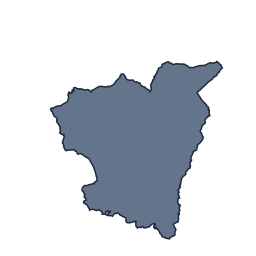 Jitia, Vrancea, Romania (Mercator projection), rotated 19°
{"feature_id": "2599482B15858955019342", "entity_name": "Jitia", "entity_type": "district", "adm_level": 2, "iso_a3": "ROU", "parent_name": "Romania", "parent_adm1": "Vrancea", "projection": "mercator", "projection_center": [26.761, 45.59], "detail": "fine", "context": "isolated", "style": "filled", "palette": "slate", "viewbox_px": 256, "rotation_deg": 19, "n_neighbors": 0, "source": "geoboundaries", "source_scale": "gbopen_adm2", "svg_char_len": 5905}
<svg xmlns="http://www.w3.org/2000/svg" viewBox="0 0 256 256"><g transform="rotate(19 128 128)"><path d="M203.4,219.3L203.8,217.4L207.2,214.1L207.2,213.7L207.0,213.4L206.1,210.7L206.4,209.6L206.4,208.6L205.6,207.6L204.0,206.4L202.2,204.4L203.6,202.5L205.9,200.4L205.2,196.9L204.7,195.9L204.1,194.0L203.5,193.4L204.6,192.9L204.4,192.3L204.1,192.3L203.8,191.8L203.6,188.6L202.3,186.9L202.7,184.9L202.1,183.8L201.0,184.3L200.9,184.2L201.0,183.7L199.8,182.8L199.3,182.1L199.0,181.0L198.5,179.8L198.5,178.6L198.3,178.3L198.4,177.9L199.0,177.8L199.4,177.5L198.8,177.3L198.7,176.5L198.3,175.3L197.6,174.9L197.2,174.5L196.7,173.1L197.1,172.7L197.3,172.3L196.3,171.0L195.4,170.7L195.5,170.4L196.1,169.6L196.1,168.6L196.8,167.0L195.9,166.6L196.2,165.6L195.6,165.4L196.1,163.7L195.5,161.7L195.5,160.9L195.2,160.5L195.4,159.3L194.8,158.5L195.6,157.0L195.8,155.7L196.5,155.1L197.7,152.7L197.0,151.5L197.0,150.0L197.6,149.5L198.0,149.0L198.1,147.3L199.7,145.7L199.4,144.2L199.4,143.4L198.4,142.2L198.4,141.7L198.0,140.7L198.0,139.9L198.6,138.9L198.4,138.6L198.6,137.6L197.8,137.3L197.2,136.7L197.4,136.1L197.1,135.0L197.6,130.1L197.4,128.8L199.6,127.0L199.9,126.5L200.0,126.1L199.5,123.6L199.8,122.8L199.3,122.0L199.2,121.7L199.6,120.6L200.8,119.1L201.1,118.1L201.5,117.3L201.8,116.0L202.3,114.7L202.4,113.9L202.0,112.0L200.8,111.2L199.3,109.1L197.3,107.7L197.2,106.5L197.6,104.7L197.4,101.7L199.3,98.3L199.3,97.6L198.3,95.9L198.2,95.3L198.5,93.6L200.0,91.1L201.4,89.7L200.0,87.9L199.0,84.5L197.8,84.2L197.6,82.4L197.3,82.1L195.9,82.0L195.6,81.7L194.9,80.7L191.6,79.0L190.3,78.5L188.9,77.7L181.6,72.0L184.2,68.0L185.1,65.9L189.4,57.6L191.5,54.8L192.0,53.4L193.2,51.1L194.4,50.0L194.7,49.3L194.8,47.2L195.1,46.7L195.9,45.9L196.2,43.3L197.6,40.6L197.3,40.5L195.7,38.3L194.9,38.2L193.9,37.9L193.1,37.2L190.3,36.1L189.7,37.6L186.2,39.4L184.8,39.4L184.0,39.8L183.5,40.7L182.4,41.3L182.1,42.0L179.9,43.9L175.2,45.8L174.4,46.3L174.0,46.9L172.1,47.8L170.8,49.3L167.9,50.3L166.7,51.0L166.2,51.0L165.6,50.4L163.8,49.9L162.1,49.7L161.1,49.2L160.0,49.6L159.0,49.6L157.3,50.4L156.1,50.5L154.3,51.4L153.5,51.2L152.8,51.4L151.2,52.6L149.9,53.4L149.4,53.3L147.9,52.6L147.2,53.1L146.3,53.0L145.1,52.2L144.0,52.5L140.9,55.3L139.7,56.8L139.7,59.5L139.1,60.2L137.7,61.2L137.4,61.9L137.7,63.2L137.2,64.8L137.3,65.9L136.8,67.9L136.7,69.5L136.6,70.0L135.7,70.9L135.9,71.3L137.1,72.2L135.9,74.1L135.9,77.1L135.6,78.0L135.4,79.1L136.1,81.3L137.4,83.8L137.4,85.0L137.1,86.5L136.7,86.2L136.3,86.3L136.0,85.8L134.6,85.0L132.5,85.1L132.1,84.9L131.2,83.9L128.4,83.9L126.5,83.5L125.9,83.2L125.1,82.0L124.6,81.7L123.8,81.7L122.4,82.0L121.3,81.4L120.3,82.2L120.0,82.2L118.2,81.7L116.9,81.0L115.2,81.9L113.9,82.1L113.4,82.6L112.6,82.4L112.0,82.6L110.8,82.2L109.3,81.3L109.2,81.0L109.2,80.5L108.9,80.2L107.9,79.8L106.1,78.4L105.1,78.9L104.7,79.3L104.0,79.4L104.0,79.9L103.5,81.4L103.9,82.5L103.6,83.2L103.1,83.9L102.5,85.7L101.6,86.9L101.2,88.8L100.7,89.8L100.6,90.6L99.6,92.4L97.2,94.8L95.9,95.0L95.7,95.5L94.8,95.5L94.6,95.7L94.4,96.2L88.9,97.4L86.9,98.4L83.3,102.6L81.7,103.9L81.8,104.5L81.5,105.3L81.6,105.8L81.3,106.1L80.4,105.4L80.1,105.5L78.3,104.7L77.1,104.9L75.4,106.0L71.4,106.3L70.7,106.2L69.8,107.0L69.2,106.7L67.2,107.4L66.2,107.0L64.4,107.1L63.7,107.7L63.6,107.9L64.6,110.6L63.0,110.1L63.1,112.1L63.8,112.9L62.1,114.3L61.6,113.3L60.3,113.4L60.5,114.5L60.4,116.1L62.0,118.5L62.1,122.9L58.9,126.5L56.9,129.1L54.3,130.1L52.5,131.6L51.8,132.5L50.5,133.4L50.7,133.6L50.5,134.1L49.7,134.0L48.9,134.3L49.0,134.9L48.8,135.7L49.1,136.2L51.2,137.4L53.1,139.7L54.9,141.1L56.3,141.3L57.7,142.3L58.2,143.3L58.1,143.5L58.2,144.6L58.5,145.2L59.4,146.0L60.6,146.4L61.1,147.2L62.5,148.1L63.7,149.9L64.0,150.9L64.9,152.5L65.1,154.9L66.7,155.4L68.2,155.4L68.7,155.7L69.1,155.6L69.3,155.1L69.6,155.1L69.6,156.1L70.6,156.6L70.6,156.9L70.6,160.2L70.9,161.3L70.7,162.3L70.8,163.1L71.2,163.8L71.7,163.9L72.6,164.9L73.0,166.0L73.8,166.7L73.8,167.4L75.7,169.2L76.5,169.6L77.0,169.5L78.9,168.3L84.3,166.2L85.6,167.0L86.1,166.9L87.4,167.3L88.6,169.0L89.5,168.9L90.2,168.3L91.5,167.7L93.9,168.0L96.1,168.8L98.1,169.2L100.4,169.7L100.9,169.6L108.1,176.0L109.4,177.9L110.8,179.2L116.1,187.7L114.2,189.9L114.1,190.5L113.7,191.0L114.2,191.6L112.4,192.4L111.1,193.6L110.2,193.8L108.3,195.6L106.3,196.2L105.6,196.9L105.0,197.2L104.8,198.3L104.4,199.5L104.6,201.3L104.9,202.1L106.9,203.1L107.4,204.1L108.2,204.5L109.1,205.5L109.2,205.9L108.8,207.0L108.9,207.4L109.3,207.8L111.1,208.6L111.5,209.1L111.7,210.0L110.3,211.4L110.1,212.3L110.5,213.2L114.5,214.1L116.6,216.2L118.1,217.3L118.4,218.1L119.4,217.1L121.8,216.2L124.8,216.4L126.2,215.7L127.0,214.7L129.0,215.4L129.9,215.3L131.0,216.2L131.6,217.9L132.4,217.7L133.9,217.0L135.5,217.2L134.9,216.6L134.6,215.7L134.6,213.8L135.0,213.7L135.3,213.9L135.8,213.7L136.1,213.4L136.1,213.1L136.4,213.0L136.7,213.5L136.9,213.1L137.4,213.1L138.2,212.4L138.4,212.5L138.5,213.0L138.4,213.6L137.6,214.7L137.1,215.1L136.8,217.0L136.9,217.3L137.2,217.3L138.1,216.9L138.6,217.1L140.8,216.3L142.1,216.5L142.2,216.3L142.2,215.5L142.9,213.9L143.9,212.9L145.1,212.5L145.3,212.0L145.9,211.7L146.9,211.9L149.1,213.0L150.0,212.9L151.9,213.5L153.8,213.4L154.9,213.8L155.6,214.4L156.0,215.1L156.0,216.1L156.8,216.9L156.9,217.4L158.1,217.8L161.0,216.9L163.0,215.3L163.4,214.8L164.5,214.7L164.8,214.1L165.4,213.6L165.9,213.5L166.2,213.8L166.3,215.5L167.4,218.1L169.5,219.5L169.6,219.1L170.5,218.4L172.8,217.8L173.2,217.4L173.5,216.5L174.6,216.5L175.6,217.3L178.2,216.0L179.5,214.8L180.2,214.6L181.2,212.7L181.7,211.4L183.7,209.8L184.5,209.8L185.3,210.2L185.2,210.6L184.5,211.1L184.3,212.2L184.4,213.0L184.8,213.2L185.0,213.7L185.5,214.0L186.2,212.9L186.7,213.5L186.8,214.1L187.2,213.8L187.3,213.3L187.6,213.3L188.0,214.1L189.1,214.0L190.1,214.9L191.5,215.7L192.0,216.4L192.3,217.2L193.1,217.2L194.4,218.1L195.0,219.0L196.1,219.7L198.2,219.6L198.9,219.9L201.1,219.7L202.7,219.3L203.4,219.3Z" fill="#64748b" stroke="#1e293b" stroke-width="1.5"/></g></svg>